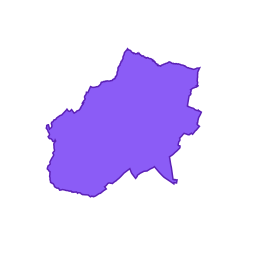 Iordacheanu, Prahova, Romania, rotated 122°
{"feature_id": "2599482B35021706171000", "entity_name": "Iordacheanu", "entity_type": "district", "adm_level": 2, "iso_a3": "ROU", "parent_name": "Romania", "parent_adm1": "Prahova", "projection": "natural_earth1", "projection_center": [26.207, 45.054], "detail": "fine", "context": "isolated", "style": "filled", "palette": "violet", "viewbox_px": 256, "rotation_deg": 122, "n_neighbors": 0, "source": "geoboundaries", "source_scale": "gbopen_adm2", "svg_char_len": 5778}
<svg xmlns="http://www.w3.org/2000/svg" viewBox="0 0 256 256"><g transform="rotate(122 128 128)"><path d="M216.7,159.1L216.7,156.6L216.0,155.1L216.0,154.8L216.1,154.5L216.9,153.0L216.2,152.1L214.9,150.9L214.1,148.8L213.8,147.4L212.9,145.7L212.8,144.9L212.7,144.5L211.7,142.9L211.7,142.4L212.1,141.9L211.6,141.2L211.7,140.6L211.1,140.0L210.4,138.8L209.7,138.1L209.6,137.6L209.7,136.9L210.1,136.3L209.4,136.0L209.0,135.5L208.4,134.3L208.4,133.6L208.6,132.7L208.6,131.3L208.2,130.9L208.1,130.4L207.7,129.6L207.2,128.9L207.0,128.2L206.5,127.7L206.3,127.0L205.9,126.3L206.3,123.4L205.9,123.1L205.2,122.9L204.6,121.6L204.7,121.2L204.4,121.2L203.9,120.2L202.2,119.2L199.0,117.8L198.0,116.8L193.9,115.4L191.2,114.1L190.2,116.7L189.6,116.4L188.1,116.0L185.7,115.7L184.9,115.2L184.2,114.2L184.1,113.5L183.5,112.4L183.4,111.8L181.4,111.2L179.1,110.2L178.9,110.0L178.6,110.0L176.7,109.5L176.2,109.2L172.9,108.4L168.3,107.5L161.5,104.9L164.0,101.6L164.5,100.7L166.5,95.5L166.7,94.8L164.2,94.6L163.1,95.0L161.5,94.3L160.1,93.8L156.2,91.5L154.3,89.0L153.9,88.9L150.9,87.4L148.3,85.7L146.8,85.1L146.9,84.9L149.1,77.9L150.3,73.2L150.7,71.2L150.9,63.7L151.1,59.5L149.9,60.0L148.9,57.7L146.0,58.9L147.2,60.9L146.9,60.9L147.7,62.6L138.3,70.5L136.5,72.3L130.4,77.6L128.1,76.4L126.1,75.7L123.9,75.2L121.5,74.4L117.3,73.5L115.7,74.3L115.6,74.7L116.1,75.4L115.9,76.5L115.7,76.6L112.5,77.7L111.5,77.4L110.9,77.5L109.5,78.4L109.2,78.9L106.4,78.2L104.4,78.0L102.8,77.6L102.6,76.6L102.2,75.4L102.0,74.0L101.6,73.0L101.2,72.4L100.9,72.2L100.0,72.2L99.8,71.9L98.9,71.6L99.1,69.9L94.5,69.4L93.7,69.0L88.7,68.3L88.5,70.0L88.6,70.3L88.4,70.8L88.2,71.0L88.1,71.4L87.7,71.4L87.1,72.0L86.9,72.0L86.8,71.7L86.7,71.7L84.5,72.7L81.8,73.6L78.2,73.8L75.7,74.2L75.7,75.9L76.0,76.6L75.7,76.9L75.9,77.5L75.6,78.0L76.2,78.2L76.5,78.5L76.7,79.2L77.0,81.2L76.7,82.1L76.7,83.2L77.2,84.7L77.6,86.9L77.8,87.5L77.7,88.3L77.9,88.4L78.0,88.7L77.9,89.3L68.5,93.2L66.5,92.6L65.4,92.9L65.0,93.7L62.9,94.2L62.3,94.9L62.3,95.1L59.9,94.1L58.7,93.1L58.1,92.8L57.2,91.8L56.1,91.4L55.8,91.0L55.5,91.0L55.6,91.7L55.1,91.2L54.9,91.2L54.9,91.4L55.0,91.7L54.8,92.1L54.0,92.4L53.4,92.6L52.7,93.0L52.3,93.1L51.5,94.3L50.5,94.7L49.1,95.5L48.0,95.9L46.1,97.2L45.0,97.6L44.8,97.9L43.7,98.5L39.1,99.1L39.5,99.4L40.6,101.2L41.7,101.8L42.9,102.8L43.6,103.6L44.3,106.5L44.8,107.4L44.9,108.8L45.4,109.6L45.4,111.2L45.2,112.0L45.3,112.5L45.2,112.8L45.5,113.1L45.4,113.5L45.6,114.7L46.4,116.5L46.4,117.5L46.8,118.5L46.8,119.1L47.6,119.9L47.6,120.7L47.9,120.9L48.0,121.5L48.5,121.7L48.7,122.5L49.3,123.2L49.2,124.0L49.6,124.2L49.9,125.4L49.7,126.3L49.9,126.9L49.8,127.4L49.8,127.6L50.6,128.5L51.3,128.6L51.5,128.8L52.2,129.1L53.1,130.1L54.2,130.7L54.5,131.1L55.3,131.7L55.9,131.9L56.6,132.6L57.3,133.0L58.2,133.0L58.3,133.1L58.3,134.0L58.8,134.9L58.6,135.5L58.8,135.7L59.2,135.6L59.3,135.8L59.2,136.3L58.3,136.6L58.5,137.3L58.4,137.8L58.5,137.9L58.6,138.4L58.0,139.7L57.7,140.1L58.0,140.4L57.4,141.1L57.8,141.7L57.4,142.1L57.9,142.5L58.0,142.7L57.0,143.4L57.3,143.8L57.1,145.2L57.3,145.8L57.6,146.2L57.8,146.8L57.9,147.4L57.8,147.9L57.8,148.6L58.6,149.4L59.0,149.4L59.2,149.6L58.8,150.5L58.9,150.9L59.2,151.1L59.3,151.3L59.1,151.9L59.1,152.2L58.7,153.0L59.1,153.9L59.7,154.1L59.7,154.3L59.6,154.6L59.5,155.7L59.2,156.1L59.4,156.9L58.7,158.0L58.9,158.2L59.7,158.8L59.1,159.4L59.9,159.7L61.2,160.8L61.2,161.2L61.2,162.8L61.9,162.9L61.7,163.5L61.7,165.1L61.4,165.9L61.1,166.3L61.0,167.7L61.3,168.1L61.4,168.8L61.3,169.6L61.0,170.4L61.6,170.4L61.8,170.3L62.0,169.9L62.6,170.1L62.8,170.5L65.5,170.9L66.2,170.9L67.6,170.3L70.1,170.0L70.8,169.7L71.7,169.0L73.1,169.0L74.4,168.7L74.9,169.1L75.4,169.1L76.2,168.7L78.1,168.6L79.0,168.1L79.8,168.4L80.4,168.3L80.9,168.5L81.3,168.3L81.6,168.4L82.3,168.4L84.5,167.0L85.5,167.0L86.0,166.8L86.5,166.8L86.7,166.7L87.0,166.3L87.5,166.2L88.0,165.9L88.8,165.6L90.4,165.5L90.7,165.8L91.0,165.9L92.1,165.2L92.4,165.3L93.0,165.7L93.5,165.4L93.8,165.9L94.9,166.5L95.2,166.6L95.5,166.4L96.1,166.6L97.1,167.8L97.9,168.4L98.2,168.9L98.5,169.3L99.1,170.7L99.5,171.1L100.2,171.4L100.2,172.0L101.1,172.4L101.1,172.8L101.2,173.0L101.9,173.6L102.3,173.7L102.9,174.1L103.2,174.8L103.6,174.9L104.6,174.6L105.8,174.5L108.7,175.3L109.7,176.6L110.7,177.4L111.8,178.7L112.6,180.2L112.6,181.2L112.7,181.7L119.2,180.8L119.7,182.2L120.8,181.7L121.8,181.4L123.5,181.6L124.6,181.4L125.6,180.6L125.8,179.9L126.3,179.7L127.0,179.6L128.2,179.9L130.7,179.9L130.4,179.5L131.6,179.4L131.7,179.2L131.4,179.0L131.8,179.0L131.8,178.8L134.0,179.0L135.9,178.9L136.0,178.7L136.5,178.9L137.5,178.7L138.9,179.0L140.9,180.5L142.1,180.6L143.9,181.6L142.3,185.6L144.5,186.1L145.0,186.5L145.2,187.4L145.1,188.0L144.4,189.7L144.9,189.7L152.1,191.1L153.4,192.2L156.2,193.4L157.3,193.8L158.6,193.8L159.6,194.2L159.9,194.4L160.1,194.8L160.7,195.2L161.6,195.0L162.6,195.1L163.7,195.8L164.6,195.3L165.1,195.3L165.4,194.6L166.4,193.7L167.3,193.3L168.2,193.2L170.4,194.0L167.4,197.2L167.6,197.5L168.9,198.3L169.4,197.9L171.5,197.2L172.3,195.0L173.5,193.6L174.2,192.0L175.0,191.2L175.3,191.0L176.4,190.8L177.5,191.2L178.2,190.3L178.6,189.0L178.6,188.7L178.0,188.0L178.1,186.6L178.3,186.1L179.1,185.0L179.1,184.4L179.0,184.1L178.2,183.6L178.0,183.1L176.8,183.4L177.4,182.4L177.5,182.4L178.1,182.7L178.9,182.6L180.3,182.6L181.0,182.4L182.8,181.0L184.2,180.1L185.7,178.6L186.7,178.2L187.9,178.5L189.1,178.5L189.4,178.1L189.9,177.0L190.6,176.6L192.3,176.5L193.4,176.6L197.9,176.3L198.4,176.1L199.3,175.2L199.8,174.9L201.5,175.3L202.4,175.7L204.9,175.1L205.6,174.6L205.6,173.7L206.3,172.4L206.4,170.9L206.9,170.6L207.5,170.5L208.4,169.8L210.5,168.9L211.1,168.2L212.1,167.3L213.1,166.8L214.1,165.6L215.1,164.9L215.2,164.6L215.0,164.1L214.9,163.7L215.2,163.1L214.9,162.3L214.9,162.0L215.9,159.9L216.5,159.5L216.7,159.1Z" fill="#8b5cf6" stroke="#5b21b6" stroke-width="1.5"/></g></svg>